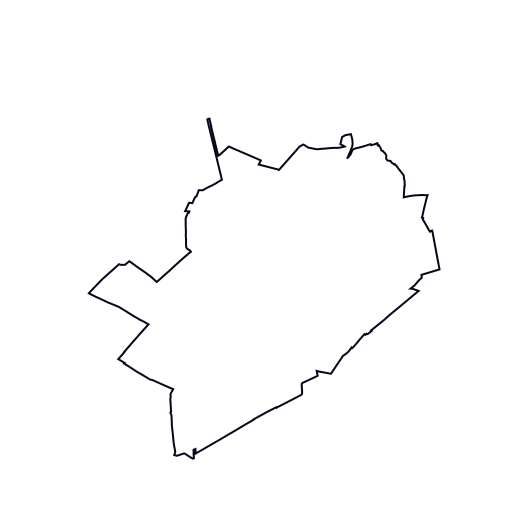 outline of Iecava, Iecavas, Latvia, rotated 327°
{"feature_id": "27541924B74640120803462", "entity_name": "Iecava", "entity_type": "district", "adm_level": 2, "iso_a3": "LVA", "parent_name": "Latvia", "parent_adm1": "Iecavas", "projection": "natural_earth1", "projection_center": [24.213, 56.601], "detail": "fine", "context": "isolated", "style": "outline", "palette": "ink", "viewbox_px": 512, "rotation_deg": 327, "n_neighbors": 0, "source": "geoboundaries", "source_scale": "gbopen_adm2", "svg_char_len": 5845}
<svg xmlns="http://www.w3.org/2000/svg" viewBox="0 0 512 512"><g transform="rotate(327 256 256)"><path d="M104.5,332.4L102.7,335.5L102.2,336.5L101.4,337.8L100.5,339.3L100.0,340.4L99.0,340.6L98.2,343.9L96.8,346.2L93.0,352.6L88.4,361.7L85.1,368.0L81.6,376.3L79.0,378.5L80.8,380.4L83.2,381.1L88.2,382.4L88.4,382.6L88.9,383.6L92.2,390.8L92.7,391.6L93.8,391.8L94.1,391.2L94.7,390.1L95.6,388.4L98.1,384.5L100.1,384.9L97.7,388.8L116.3,389.8L130.4,390.5L137.7,390.8L145.7,391.2L146.5,391.2L152.0,391.4L156.7,391.6L159.8,391.8L164.9,392.0L165.2,392.0L165.2,391.7L165.5,391.7L179.8,392.8L181.9,393.0L188.9,393.7L190.8,393.9L190.9,394.1L190.8,394.5L191.3,394.5L192.4,394.5L195.7,394.9L197.7,395.1L202.5,395.6L204.7,395.8L207.4,396.1L210.9,396.4L211.6,396.5L218.2,397.1L218.9,397.0L219.6,396.6L220.4,395.5L221.1,394.3L221.9,392.9L223.6,389.9L224.5,388.5L224.9,388.0L225.5,387.8L226.1,387.8L228.3,388.1L231.4,388.6L234.7,389.0L238.1,389.5L241.1,389.9L242.5,390.0L242.6,389.8L243.3,388.0L244.3,385.4L245.9,387.2L247.8,389.0L249.8,390.9L252.2,393.2L254.7,395.6L255.1,395.4L273.5,387.6L274.4,387.1L277.8,387.1L280.7,386.7L282.6,386.2L286.4,384.8L286.5,385.6L288.0,385.4L292.9,384.0L295.1,383.3L296.9,382.7L298.4,382.3L304.4,380.6L304.6,380.6L304.9,381.7L305.5,381.6L306.4,381.4L306.6,381.8L307.1,382.3L307.4,382.3L311.5,381.9L311.4,381.8L311.5,381.7L311.7,381.1L311.9,381.1L328.6,379.4L334.5,378.4L348.6,376.8L371.2,374.1L373.3,373.9L372.0,372.1L369.2,368.5L368.4,368.0L368.8,367.7L368.4,367.5L373.1,367.0L378.7,365.3L383.3,364.4L384.5,361.9L402.6,367.2L409.4,350.6L417.4,331.3L417.5,330.5L415.2,330.4L415.1,328.7L415.2,327.3L415.3,326.1L415.8,317.8L415.9,315.5L416.1,315.5L416.9,315.2L416.8,314.8L416.4,313.8L416.7,313.7L423.3,307.2L431.8,299.3L433.0,298.4L431.7,297.6L428.9,295.6L426.1,293.9L423.1,292.2L420.7,290.9L419.2,290.2L417.6,289.5L415.9,288.8L412.8,287.6L411.9,287.3L412.3,286.7L415.1,282.9L416.1,281.5L418.4,278.3L418.8,278.4L419.5,277.4L419.9,276.6L420.5,275.6L421.6,273.6L422.1,272.3L422.2,271.7L423.0,270.4L423.4,269.7L423.7,268.8L423.8,267.8L423.6,266.4L423.4,264.4L423.2,261.8L423.1,260.6L423.0,260.0L422.9,257.6L422.6,255.2L422.5,254.6L422.2,254.6L421.8,254.6L421.6,253.6L420.8,252.3L420.5,250.1L420.6,249.6L420.4,249.4L419.1,248.2L418.4,247.8L418.2,247.1L418.1,245.6L418.6,244.5L419.4,243.7L419.9,242.9L420.2,242.1L420.1,240.9L420.2,239.6L419.9,239.2L419.7,238.4L419.7,237.6L419.6,236.9L418.7,236.0L418.7,235.5L419.1,234.3L419.3,232.7L419.4,230.8L419.4,230.2L418.6,230.1L418.9,229.1L418.6,228.9L419.3,227.6L419.0,227.3L418.0,227.2L417.0,227.1L415.5,226.7L414.7,226.3L413.0,225.9L413.0,224.6L404.8,222.3L401.2,221.1L398.3,220.0L397.4,219.8L396.5,219.7L394.5,219.7L390.5,222.4L385.4,223.9L385.9,223.6L387.4,222.7L389.2,221.5L391.1,220.3L392.9,219.1L394.5,217.9L395.5,217.2L396.3,216.6L397.1,215.8L397.7,215.0L398.0,214.7L398.8,213.4L399.9,211.3L400.7,209.5L401.9,205.5L396.9,203.4L393.0,203.1L391.5,204.6L387.7,208.1L390.0,212.5L389.5,212.4L388.3,211.9L386.4,211.2L385.4,210.8L383.5,209.9L379.8,207.5L377.8,206.4L375.5,205.1L374.2,204.5L372.6,203.6L370.6,202.5L368.5,201.4L367.3,200.8L365.7,199.9L364.8,199.3L362.5,197.1L359.5,194.2L359.2,194.0L358.9,193.5L357.7,191.0L357.6,190.7L356.7,188.7L356.4,188.3L356.2,188.2L353.6,188.1L351.9,188.0L350.6,188.4L337.0,192.2L322.6,196.2L322.1,196.3L322.1,196.1L321.9,195.8L308.1,180.8L309.0,180.3L312.0,178.6L312.1,178.4L305.3,168.2L303.4,165.3L301.7,162.8L298.8,158.4L296.0,154.3L293.7,150.6L292.9,149.4L279.9,151.5L278.9,151.3L283.1,139.3L283.2,139.0L284.2,136.3L285.3,133.0L286.9,128.6L287.7,126.3L288.8,123.1L289.0,123.1L289.3,122.2L290.3,119.5L290.9,117.8L291.8,115.4L291.5,115.3L289.6,114.9L288.0,119.1L285.8,125.3L281.5,137.6L280.8,139.7L279.5,143.5L277.4,149.3L275.5,154.8L274.4,158.0L273.4,160.8L271.6,166.0L269.1,172.9L268.9,173.5L268.5,173.5L266.9,173.3L262.9,173.2L261.3,173.2L256.9,172.8L255.6,172.6L252.9,172.2L251.3,172.1L250.5,172.0L249.1,172.0L247.8,171.9L247.2,171.9L246.9,171.7L243.8,169.6L243.3,170.1L238.5,173.6L238.1,173.5L237.5,173.4L236.8,173.7L236.6,173.7L235.6,174.3L231.4,177.0L228.9,174.9L221.0,179.8L224.4,182.3L223.5,183.1L222.8,182.6L218.9,185.0L217.3,186.4L215.7,188.9L214.5,190.8L213.7,192.1L213.2,192.8L212.2,194.6L211.8,195.1L210.5,197.4L210.0,198.2L209.6,198.7L209.0,199.6L208.7,200.0L208.3,200.5L206.6,203.6L205.5,205.2L204.4,207.0L203.3,208.7L202.4,210.4L202.2,211.1L202.2,212.0L202.4,212.8L202.6,213.3L203.2,214.3L203.4,214.9L203.7,215.6L203.8,216.1L203.6,217.1L202.5,217.0L201.2,217.2L199.7,217.4L198.1,217.6L192.2,218.4L186.0,219.4L184.9,219.6L183.5,219.8L180.9,220.2L178.3,220.7L176.7,221.0L174.9,221.3L170.5,221.9L166.8,222.5L163.0,223.1L160.1,223.5L158.6,223.7L158.0,221.4L157.5,219.4L156.9,217.3L157.0,217.3L156.6,216.0L155.5,213.2L154.9,211.6L154.3,209.8L153.5,208.0L152.2,204.8L151.3,202.6L149.8,198.9L149.3,197.5L148.2,194.6L147.2,192.2L146.9,191.4L142.1,191.9L141.7,192.1L140.2,191.3L139.1,190.7L138.4,190.2L137.7,189.6L137.1,188.9L136.7,188.3L134.7,188.6L132.9,188.9L114.7,191.7L111.1,192.5L96.9,195.8L95.5,196.2L95.6,196.4L97.2,199.2L98.0,200.5L99.4,202.9L102.4,207.6L104.2,210.5L105.4,212.5L106.8,214.8L107.2,215.3L107.5,215.6L109.3,218.3L111.2,221.0L112.3,222.6L113.1,223.8L114.6,226.8L117.1,232.1L119.6,237.5L120.6,239.6L121.8,242.0L122.5,243.3L123.0,244.4L124.1,246.7L124.3,246.7L126.7,251.0L128.6,254.8L128.0,254.9L127.1,255.1L125.1,255.7L123.0,256.3L120.8,256.9L119.2,257.3L118.7,257.5L117.9,257.6L109.6,260.0L109.2,260.1L108.9,260.2L108.4,260.3L104.8,261.3L98.4,263.2L93.6,264.5L93.7,264.8L91.9,265.3L91.5,265.4L89.3,266.1L84.3,267.5L84.7,268.2L85.1,269.0L85.8,270.4L86.8,272.5L87.2,273.5L87.6,274.2L86.8,274.4L88.9,278.7L93.2,288.5L95.9,293.7L97.6,297.2L100.0,302.1L101.5,303.5L111.9,319.5L114.0,322.6L109.3,325.1L109.0,325.4L108.7,325.9L108.4,326.5L107.5,328.0L106.2,329.3L104.5,332.4Z" fill="none" stroke="#020617" stroke-width="2"/></g></svg>